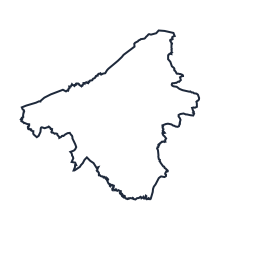 outline of Songololo, Bas-Congo, Democratic Republic of the Congo, rotated 149°
{"feature_id": "63176286B29097498682851", "entity_name": "Songololo", "entity_type": "district", "adm_level": 2, "iso_a3": "COD", "parent_name": "Democratic Republic of the Congo", "parent_adm1": "Bas-Congo", "projection": "albers", "projection_center": [14.107, -5.44], "detail": "fine", "context": "isolated", "style": "outline", "palette": "slate", "viewbox_px": 256, "rotation_deg": 149, "n_neighbors": 0, "source": "geoboundaries", "source_scale": "gbopen_adm2", "svg_char_len": 5871}
<svg xmlns="http://www.w3.org/2000/svg" viewBox="0 0 256 256"><g transform="rotate(149 128 128)"><path d="M189.7,137.2L189.4,135.6L189.6,134.3L190.1,133.3L190.1,131.5L190.5,130.2L193.8,127.9L191.1,125.5L191.5,122.8L192.5,123.4L193.6,121.8L196.5,119.6L195.7,119.2L189.2,119.5L187.6,120.4L184.8,121.2L181.7,123.1L178.4,124.0L177.3,119.3L175.6,115.7L175.5,110.6L174.9,110.0L173.6,109.7L174.9,108.9L175.6,108.8L175.5,108.4L176.1,107.3L176.7,107.3L176.6,106.5L176.1,105.8L176.1,104.4L176.5,103.9L176.7,103.0L177.2,102.8L177.3,102.5L176.4,102.1L176.3,101.1L175.6,100.1L174.6,99.5L174.5,98.2L173.5,98.2L173.4,97.3L172.6,97.1L173.2,96.0L173.1,95.6L172.5,96.0L171.8,95.8L171.5,94.2L171.8,94.0L172.1,94.9L172.8,95.0L173.3,90.5L173.2,90.0L172.4,89.4L172.4,89.0L173.4,87.8L173.3,87.4L172.4,88.2L171.9,88.0L172.1,87.5L171.8,87.2L170.9,87.2L170.7,86.1L169.9,86.1L169.8,85.8L170.7,84.7L171.3,84.7L171.8,84.3L172.6,84.2L172.8,83.5L173.3,83.1L173.1,82.6L172.5,83.2L172.1,83.2L171.5,82.2L171.4,81.4L171.0,81.3L170.9,81.7L170.1,81.8L169.8,81.6L169.7,81.4L170.3,80.6L169.3,79.5L168.2,79.6L167.3,78.0L166.7,77.6L167.3,76.5L168.4,76.6L168.6,76.1L168.3,75.2L167.5,75.7L167.4,74.8L167.0,74.6L167.0,74.0L167.6,74.0L167.7,73.2L168.1,73.1L168.2,72.7L167.8,71.7L167.4,72.6L166.2,71.9L165.8,71.4L165.9,71.1L166.8,71.0L166.8,70.3L166.1,69.0L166.0,68.4L165.4,68.1L165.2,67.4L164.0,67.0L163.7,67.4L163.2,66.9L162.3,66.9L160.7,65.5L159.9,65.7L159.7,65.2L159.9,64.3L158.4,62.9L156.3,63.2L154.9,62.4L152.7,62.6L152.5,62.2L152.7,60.9L151.8,61.0L151.2,60.5L150.5,60.9L150.7,59.4L149.5,58.6L148.8,59.9L147.6,60.8L147.4,60.2L148.2,59.8L148.7,58.7L148.2,57.9L148.6,57.6L148.5,57.2L147.5,57.1L147.1,56.7L146.7,57.3L146.4,57.3L145.7,55.6L145.0,55.6L139.8,60.4L138.0,62.8L136.1,64.4L133.4,65.5L127.4,69.2L125.0,69.5L124.5,69.4L122.0,67.2L120.3,67.2L119.5,68.3L119.8,69.5L119.4,70.0L117.3,71.2L117.1,70.6L116.3,70.4L115.9,71.0L116.7,74.0L117.2,74.8L116.9,76.2L117.6,77.0L118.0,81.9L117.7,82.8L118.0,83.4L117.1,84.3L117.6,85.5L116.7,87.9L116.0,88.8L113.9,93.2L113.5,94.7L113.7,95.3L112.6,96.3L111.9,96.0L111.5,96.2L110.7,98.0L110.2,98.2L109.8,97.5L108.3,98.5L107.6,98.4L106.1,98.8L105.5,98.3L105.0,98.4L104.5,98.2L104.1,97.4L103.5,97.6L103.0,97.1L102.2,98.7L100.7,99.4L101.0,102.3L101.5,103.4L101.3,105.4L101.1,106.0L100.4,106.3L99.6,105.1L99.0,104.9L99.2,106.2L99.8,107.3L99.5,108.0L98.6,108.3L98.2,108.7L98.4,109.1L98.3,110.0L97.9,111.1L97.3,111.1L97.1,112.5L93.5,111.9L91.5,111.1L88.9,108.7L88.0,106.7L87.2,106.1L86.5,104.8L84.8,103.4L83.4,103.3L82.3,104.3L81.6,104.6L81.3,105.5L80.9,105.5L80.4,106.4L78.8,107.9L78.5,109.6L78.7,111.8L77.9,113.1L75.9,113.0L72.9,111.8L71.3,109.7L70.6,109.4L67.9,106.8L65.7,105.1L64.0,106.2L64.4,107.4L63.5,107.5L63.2,108.1L63.5,108.8L63.2,109.4L63.2,110.1L62.7,112.2L62.1,111.9L61.5,112.0L60.1,110.9L58.0,110.7L56.3,113.7L55.8,115.3L55.1,115.3L54.6,115.6L53.6,115.4L52.4,116.0L51.6,117.1L50.9,120.6L51.6,122.2L53.5,123.7L53.9,124.9L55.2,125.8L55.8,127.3L56.7,127.5L61.8,132.4L63.8,135.1L65.0,138.2L67.5,140.3L68.2,141.3L68.3,142.5L67.3,143.5L66.6,143.4L65.4,142.6L64.1,142.3L63.4,141.8L61.1,141.9L60.6,141.7L60.4,141.3L58.0,141.9L57.3,144.7L54.9,144.6L54.1,144.2L53.8,144.8L54.1,145.7L55.3,147.3L55.9,147.6L56.8,148.6L58.1,149.3L58.3,149.9L58.1,150.8L58.2,152.6L58.6,153.5L58.4,154.2L57.8,154.6L57.7,155.9L58.6,158.3L57.6,163.0L58.2,166.3L56.1,169.7L55.5,169.7L55.0,170.1L53.9,170.1L52.8,169.1L52.5,170.2L51.5,170.1L51.6,170.6L50.8,171.6L50.4,172.8L49.7,173.2L49.5,174.3L47.6,177.3L47.0,177.4L46.7,177.8L47.1,178.4L46.8,179.3L47.0,180.4L46.7,181.5L46.4,181.7L45.7,181.3L45.1,181.7L44.3,181.1L43.9,181.2L43.6,182.7L43.0,183.2L41.5,183.0L41.2,183.2L40.6,182.9L40.1,186.1L46.7,192.4L51.5,195.8L55.0,194.7L60.2,196.2L61.6,197.6L62.7,197.6L63.6,197.2L65.3,196.9L67.2,196.2L68.0,196.2L71.4,197.6L72.2,197.4L73.9,197.6L74.8,197.2L78.0,197.4L79.2,197.0L80.5,194.4L94.1,193.0L96.8,192.0L102.1,190.8L114.3,188.9L116.3,188.3L119.3,186.7L121.5,187.5L123.5,187.6L123.8,188.0L123.3,188.5L123.4,189.0L123.8,188.9L124.9,189.5L126.2,189.4L127.0,188.5L127.8,189.0L128.5,188.6L128.9,189.0L130.8,187.9L132.4,188.2L133.4,187.9L133.9,187.4L134.4,187.4L136.0,188.2L136.9,187.9L137.3,187.5L137.8,187.4L138.1,187.9L139.0,187.0L139.5,187.7L139.9,187.7L140.2,188.7L141.8,188.8L142.2,188.4L142.5,189.2L142.9,189.4L143.1,188.7L143.6,188.8L144.7,188.3L145.0,187.8L145.5,187.7L146.0,188.2L146.5,187.8L147.6,190.2L147.4,190.8L147.9,191.9L148.9,192.3L149.4,192.8L149.8,192.7L150.0,191.8L150.9,191.8L151.0,192.2L151.6,192.4L151.8,191.8L152.3,191.6L152.6,192.6L153.4,193.3L153.5,194.4L155.8,193.0L157.0,193.8L157.3,192.6L157.6,192.3L158.6,192.4L159.4,191.3L160.2,190.8L160.6,191.5L162.3,191.3L164.1,194.3L177.0,196.6L184.1,197.1L188.8,196.3L189.4,195.8L190.5,196.7L193.9,197.1L203.6,199.6L208.4,200.4L208.7,198.2L208.1,196.9L208.4,195.8L209.2,195.5L209.4,194.8L210.0,194.6L211.6,192.6L212.1,191.4L212.9,191.5L213.5,190.7L213.9,191.1L214.3,190.4L214.9,190.8L215.5,190.5L215.1,189.8L215.3,189.2L215.9,188.8L215.8,188.5L215.2,188.1L215.3,187.8L214.9,187.1L214.6,185.8L214.2,185.8L212.3,183.2L210.8,182.1L211.3,181.2L212.4,180.4L213.1,180.7L213.4,180.4L213.4,179.3L213.9,179.1L214.0,178.7L213.9,178.3L213.2,178.3L212.6,176.7L212.3,177.1L211.9,177.1L211.7,176.6L212.1,176.0L211.5,174.4L210.8,174.0L212.1,172.0L212.2,171.1L210.9,167.1L208.6,167.3L205.0,169.8L202.9,172.7L202.3,173.1L201.5,173.0L199.5,170.7L196.9,170.2L196.1,169.8L195.6,170.1L195.2,170.1L194.6,168.4L194.8,167.0L193.8,166.6L193.6,166.2L194.2,165.7L194.3,165.1L195.5,164.3L195.8,163.9L195.6,163.2L194.5,162.5L193.9,160.9L193.0,160.7L192.0,159.9L191.7,159.3L192.1,158.3L191.6,155.9L192.0,154.9L189.8,154.8L188.8,155.2L188.2,155.1L187.4,154.4L185.3,154.8L182.5,154.7L180.4,153.8L180.4,151.9L180.0,150.3L180.3,148.9L181.0,147.7L181.6,141.2L182.2,138.3L184.0,137.1L185.4,136.6L186.5,136.6L189.7,137.2Z" fill="none" stroke="#1e293b" stroke-width="2"/></g></svg>